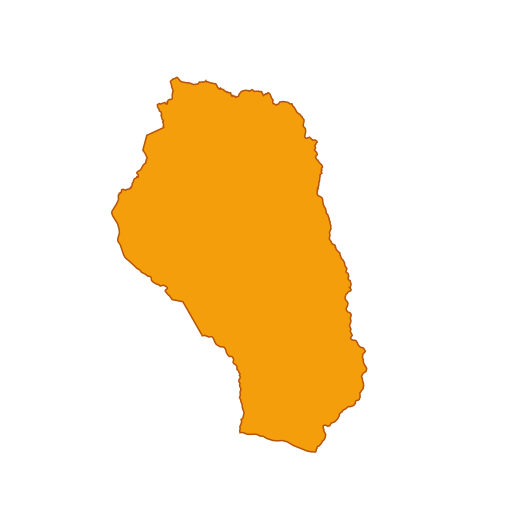 Guro, Manica, Mozambique (Natural Earth projection), rotated 141°
{"feature_id": "85939544B86319968156717", "entity_name": "Guro", "entity_type": "district", "adm_level": 2, "iso_a3": "MOZ", "parent_name": "Mozambique", "parent_adm1": "Manica", "projection": "natural_earth1", "projection_center": [33.489, -16.954], "detail": "fine", "context": "isolated", "style": "filled", "palette": "amber", "viewbox_px": 512, "rotation_deg": 141, "n_neighbors": 0, "source": "geoboundaries", "source_scale": "gbopen_adm2", "svg_char_len": 6109}
<svg xmlns="http://www.w3.org/2000/svg" viewBox="0 0 512 512"><g transform="rotate(141 256 256)"><path d="M209.0,445.8L212.7,445.6L214.3,441.6L215.1,440.5L216.3,436.8L217.0,436.1L217.6,436.0L218.3,434.9L219.2,434.6L222.1,430.9L223.9,431.2L224.3,432.0L226.3,432.3L227.9,431.3L228.4,431.6L228.6,430.4L229.6,430.1L230.3,431.0L230.3,432.7L234.8,434.3L234.8,434.9L235.4,435.4L237.5,435.6L238.7,433.7L239.2,430.3L239.8,429.6L239.2,427.7L240.2,425.3L241.2,425.2L243.0,420.8L242.7,420.2L242.8,419.2L244.2,418.9L245.0,416.4L245.9,415.5L246.5,415.3L246.8,413.9L264.9,418.5L277.3,409.5L277.6,405.7L278.8,400.6L280.4,400.1L281.1,399.3L282.0,399.0L282.8,397.8L286.2,397.7L291.4,395.6L295.0,396.1L296.1,395.8L296.6,395.1L296.3,393.4L297.8,391.4L298.5,391.8L298.7,392.6L299.9,392.1L302.0,392.5L303.8,391.7L304.6,390.8L306.4,390.4L308.1,388.5L309.3,388.5L309.8,387.9L310.4,388.1L310.8,387.5L312.0,388.1L312.6,387.9L314.2,389.0L316.0,389.2L316.4,390.1L317.0,390.4L317.3,391.6L318.7,392.0L320.5,390.4L321.4,390.6L321.8,390.1L322.7,390.8L323.3,390.2L324.7,390.0L324.8,389.3L325.8,388.7L326.9,386.9L328.5,385.7L332.5,383.9L339.8,381.4L341.1,380.2L342.1,377.4L343.3,368.1L345.5,363.0L347.5,360.0L352.5,356.4L354.0,354.5L354.5,350.1L358.1,340.2L358.6,337.6L358.6,336.2L357.5,330.7L356.3,321.5L355.1,318.2L355.2,315.3L353.5,311.8L352.9,308.7L351.4,307.0L351.0,306.0L351.3,304.8L352.5,303.0L352.5,301.6L352.2,299.9L350.8,296.3L349.5,294.7L349.4,293.2L349.1,292.7L347.7,292.3L346.1,291.3L344.9,288.5L344.9,287.2L345.4,286.5L347.8,286.5L348.4,286.2L348.7,285.4L348.7,281.7L348.3,279.5L348.6,274.9L341.6,266.5L347.9,227.7L345.8,226.5L343.5,222.6L341.6,221.6L341.0,220.8L340.9,219.3L342.5,213.4L342.4,212.0L341.0,208.1L338.7,205.9L338.2,204.9L338.3,202.9L339.8,199.4L340.2,195.8L339.9,194.7L338.4,193.5L337.8,192.3L338.4,189.8L340.8,187.7L341.0,186.6L340.2,184.1L340.3,182.5L341.2,180.8L342.1,180.1L341.9,177.8L342.4,176.7L342.7,174.5L342.9,174.1L343.9,173.8L344.3,172.0L344.9,171.3L346.9,170.6L348.1,169.7L348.4,169.0L348.6,167.0L349.9,166.1L350.8,164.6L351.0,163.0L352.2,161.3L353.9,160.5L355.9,157.6L357.9,156.4L358.4,153.9L359.4,152.2L360.1,149.6L362.2,146.5L363.8,141.7L368.6,138.1L370.4,138.4L371.4,136.3L373.7,134.7L376.0,133.5L377.0,131.7L378.6,130.6L379.6,128.7L378.3,128.0L377.0,126.6L375.4,123.6L374.1,122.1L369.0,118.3L368.2,117.4L367.1,115.8L366.3,113.7L363.8,111.3L362.6,107.6L358.9,101.9L355.4,98.6L352.7,96.8L351.1,95.4L348.7,92.0L346.2,85.2L339.0,72.3L336.5,69.3L333.0,66.2L331.9,66.7L331.1,67.7L329.5,68.2L328.6,69.1L328.1,69.2L326.9,68.7L325.1,68.9L322.8,69.4L320.9,70.3L319.4,70.2L317.5,70.7L314.2,73.3L313.4,77.5L312.4,78.4L312.0,80.1L310.6,81.7L310.1,81.8L308.4,80.8L307.3,78.4L305.6,77.7L302.5,78.8L299.5,77.6L295.2,78.0L291.9,79.5L290.7,80.6L288.5,81.0L287.4,80.7L285.4,81.4L282.5,80.8L278.8,80.9L277.9,79.7L274.4,78.4L271.6,78.9L270.3,80.3L269.4,80.7L267.0,79.5L265.8,79.6L265.0,80.3L264.0,80.7L261.3,84.3L260.0,84.4L258.7,85.0L256.3,85.4L255.0,86.8L254.2,87.1L252.2,90.1L251.9,91.7L250.6,93.5L249.8,96.0L247.8,97.0L245.8,97.4L243.1,97.1L241.0,98.6L240.5,99.8L239.9,104.7L237.4,109.0L237.1,110.3L234.5,112.5L231.9,112.8L231.0,113.2L230.8,113.9L230.4,116.5L230.7,117.5L232.1,119.1L232.5,120.9L232.5,122.6L231.8,125.1L231.6,127.1L231.8,127.9L233.5,129.4L234.0,130.3L234.4,131.7L234.1,132.9L231.1,133.8L230.3,137.6L229.6,138.8L228.3,139.2L227.2,143.1L223.8,145.1L222.9,146.0L221.9,148.2L219.0,150.3L218.6,152.4L219.8,154.8L219.9,156.8L219.0,158.4L216.2,159.7L214.3,161.4L213.9,162.5L213.8,166.0L213.0,167.6L210.0,169.7L208.6,169.5L207.4,170.1L206.6,170.0L204.7,169.4L203.8,169.5L203.1,170.4L203.1,172.2L202.9,171.9L199.8,174.3L198.4,177.7L199.0,179.4L198.8,180.4L198.4,181.1L197.0,181.5L195.4,184.4L196.1,186.2L196.1,187.0L193.2,189.2L193.0,192.5L191.6,194.8L190.9,197.7L191.2,200.2L189.7,204.6L188.9,205.6L189.5,208.6L189.4,211.0L188.6,212.7L188.8,213.0L188.1,213.9L187.8,214.7L189.1,217.5L189.0,218.8L188.5,220.0L188.4,222.8L187.3,224.2L185.5,225.5L184.0,228.2L180.6,229.9L180.0,231.2L178.6,232.6L178.2,234.1L176.7,236.4L176.7,237.4L175.7,238.8L174.2,243.2L174.5,245.0L173.6,246.2L172.1,249.3L172.0,251.6L171.5,252.4L171.4,253.8L170.4,255.0L170.0,256.2L168.8,257.6L168.2,259.3L168.1,260.0L168.5,261.3L169.8,263.9L169.8,264.5L169.1,266.1L168.3,267.2L167.4,267.7L167.0,268.8L165.2,269.1L165.3,270.2L164.3,270.3L162.5,271.7L160.9,273.5L159.7,274.1L156.7,277.2L155.8,277.7L155.3,278.8L152.5,279.0L152.5,279.8L152.1,280.7L150.7,281.2L150.8,282.1L149.7,282.9L148.4,283.2L147.6,285.2L148.0,288.1L147.9,290.6L147.6,291.4L148.1,292.5L147.6,295.3L147.1,295.7L144.8,296.1L144.3,296.6L143.9,297.6L143.7,299.8L143.9,300.9L143.7,301.9L141.8,302.3L140.8,304.8L138.9,305.3L138.3,305.9L136.8,306.0L136.4,307.1L137.1,309.1L138.9,310.1L139.7,314.7L142.7,315.6L143.2,316.3L143.3,317.5L142.2,319.0L139.6,320.9L138.1,322.8L137.4,324.2L137.6,326.7L137.1,327.9L133.9,330.5L132.9,331.8L133.0,333.8L132.5,335.4L132.9,336.7L132.7,338.5L133.4,340.0L133.7,342.4L133.0,345.6L132.8,347.6L133.1,349.4L132.6,350.7L132.8,351.3L132.4,351.7L133.8,352.8L134.5,355.4L137.9,359.2L139.5,359.9L140.5,360.7L143.0,359.9L144.5,360.7L145.1,360.5L145.8,361.5L146.1,363.1L146.8,363.6L146.0,365.4L144.6,366.3L144.7,367.6L143.9,371.0L143.4,372.1L143.3,374.4L144.0,375.4L145.9,375.1L146.0,375.7L146.6,376.0L149.2,375.9L149.2,377.0L148.7,377.9L148.8,379.5L148.3,379.8L148.2,380.2L150.0,381.9L150.3,382.6L150.8,382.6L151.7,383.6L153.9,385.1L154.0,386.9L154.5,387.9L157.3,388.1L157.6,389.0L158.4,389.7L159.4,391.1L162.5,392.7L164.7,393.0L167.7,392.2L168.9,391.2L172.1,392.2L171.8,393.5L173.4,394.8L173.0,395.5L174.2,395.8L173.7,397.6L173.1,398.3L173.1,399.0L174.3,399.8L174.9,401.4L175.7,401.4L175.8,402.9L176.8,404.2L176.4,405.6L177.7,407.3L177.9,408.8L179.1,408.4L179.5,408.7L179.2,409.6L179.6,410.2L179.7,411.1L178.9,414.2L178.9,415.1L181.0,417.5L181.2,418.0L182.0,418.5L184.0,422.0L184.7,422.3L184.9,423.1L184.6,423.8L185.9,423.6L187.0,423.9L187.9,424.9L189.9,426.0L190.5,426.8L192.7,426.2L196.6,428.5L198.9,432.5L201.2,434.6L204.3,438.3L204.7,439.6L204.7,443.3L205.0,444.6L207.9,445.1L209.0,445.8Z" fill="#f59e0b" stroke="#b45309" stroke-width="1.5"/></g></svg>